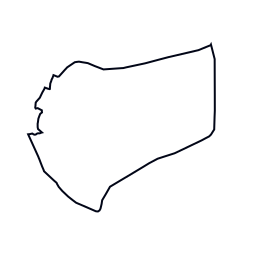 outline of Nihm, Sana'a, Yemen, rotated 78°
{"feature_id": "15242507B22089768415727", "entity_name": "Nihm", "entity_type": "district", "adm_level": 2, "iso_a3": "YEM", "parent_name": "Yemen", "parent_adm1": "Sana'a", "projection": "mercator", "projection_center": [44.482, 15.752], "detail": "fine", "context": "isolated", "style": "outline", "palette": "ink", "viewbox_px": 256, "rotation_deg": 78, "n_neighbors": 0, "source": "geoboundaries", "source_scale": "gbopen_adm2", "svg_char_len": 2377}
<svg xmlns="http://www.w3.org/2000/svg" viewBox="0 0 256 256"><g transform="rotate(78 128 128)"><path d="M71.2,201.0L71.9,201.3L73.3,202.5L75.3,204.3L76.7,205.4L77.0,205.6L78.0,206.4L79.6,207.6L80.0,207.9L80.9,209.1L81.1,209.4L81.7,210.2L82.6,211.4L83.0,212.0L84.0,213.0L84.4,213.1L85.0,213.3L85.9,213.6L86.5,213.7L86.7,213.8L88.8,214.5L89.8,214.2L89.8,213.3L89.8,213.2L89.8,212.2L92.8,208.6L93.7,208.8L94.9,208.9L95.9,210.9L96.0,211.0L97.8,212.2L100.2,213.7L104.1,215.1L105.0,215.5L108.5,216.2L110.3,216.2L114.5,213.1L114.5,213.7L114.8,215.0L114.8,215.9L114.6,216.5L114.5,217.3L114.5,217.8L114.7,218.5L115.0,219.1L115.2,219.6L115.2,219.9L115.1,220.8L114.6,221.7L114.1,222.2L113.6,222.6L113.5,223.6L113.6,224.9L113.4,227.0L137.4,221.7L139.4,221.4L139.6,221.3L140.2,221.2L144.1,220.6L146.5,220.2L147.3,220.1L151.3,219.3L152.9,219.1L164.2,211.2L166.7,209.3L167.0,209.2L168.1,209.0L169.9,208.4L171.2,208.0L175.9,205.4L182.6,200.8L186.6,197.5L190.3,194.3L199.0,182.0L202.8,176.7L203.4,174.7L203.1,174.0L202.7,173.0L201.2,171.7L196.8,169.6L193.3,168.3L188.1,163.5L181.7,157.8L171.0,126.5L169.1,121.0L166.8,114.5L164.2,105.4L163.5,98.6L162.4,87.6L158.0,69.3L157.9,68.9L155.4,58.5L154.2,54.4L153.1,50.4L151.7,48.2L148.6,45.2L147.4,44.0L134.7,40.9L129.2,39.5L113.1,36.1L98.2,33.0L78.6,28.9L63.6,29.5L64.2,30.0L65.0,34.6L66.5,42.9L67.1,73.7L67.1,73.8L67.5,82.3L67.6,84.3L68.3,97.8L68.3,105.9L68.3,117.3L68.4,120.2L68.2,121.3L65.7,139.1L65.6,139.7L65.6,139.8L62.4,144.7L60.4,147.8L60.1,148.2L56.2,153.8L55.8,154.8L55.4,155.8L54.0,159.5L53.8,159.9L52.9,162.2L52.7,164.4L52.7,164.5L52.6,166.4L56.0,174.8L56.1,175.0L57.0,176.2L57.8,177.4L63.2,184.8L63.2,186.3L61.5,188.8L60.8,189.9L61.0,190.0L61.4,190.2L61.7,190.4L62.0,190.6L62.6,191.0L62.9,191.2L63.1,191.3L63.3,191.4L63.5,191.6L63.8,191.9L63.9,192.0L64.1,192.1L64.4,192.3L64.6,192.5L64.8,192.7L65.0,192.8L65.3,192.9L65.7,193.1L65.9,193.2L66.2,193.4L66.5,193.6L66.8,193.8L67.1,194.0L67.5,194.2L67.7,194.4L68.1,194.6L68.4,194.8L68.7,194.9L69.0,195.0L69.3,195.1L69.6,195.1L69.9,195.2L70.1,195.3L70.4,195.4L70.7,195.5L71.1,195.7L71.5,195.7L71.7,195.8L72.1,195.9L72.4,196.0L72.7,196.1L73.0,196.2L73.3,196.2L73.6,196.3L73.7,196.5L73.6,196.8L73.4,197.1L73.3,197.4L73.1,197.7L73.0,198.0L72.8,198.4L72.6,198.7L72.4,198.9L72.3,199.2L72.1,199.5L71.8,199.9L71.6,200.2L71.3,200.8L71.2,201.0Z" fill="none" stroke="#020617" stroke-width="2"/></g></svg>